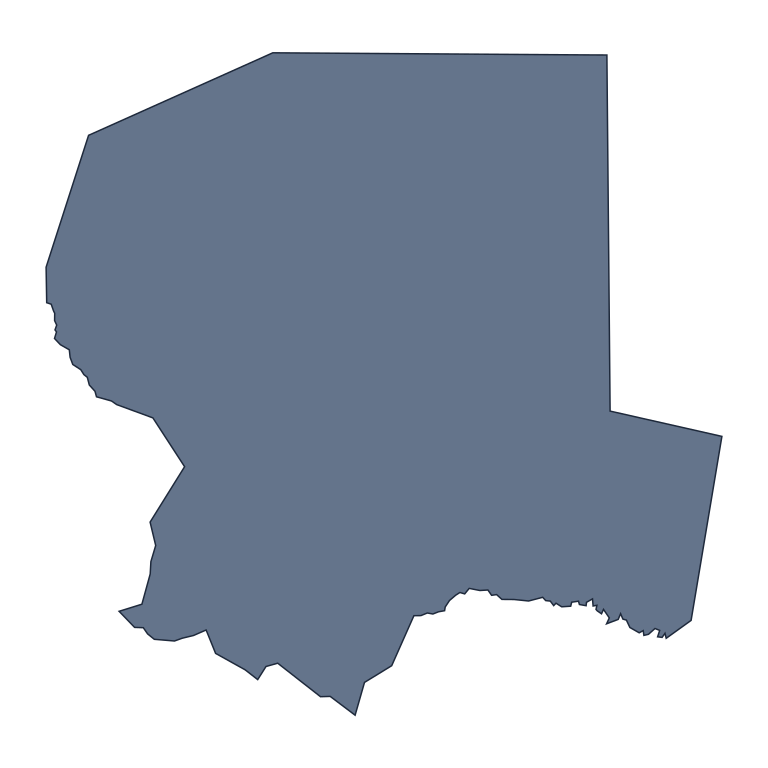 Dei District, Western Highlands, Papua New Guinea (Robinson projection)
{"feature_id": "67681753B60748012983133", "entity_name": "Dei District", "entity_type": "district", "adm_level": 2, "iso_a3": "PNG", "parent_name": "Papua New Guinea", "parent_adm1": "Western Highlands", "projection": "robinson", "projection_center": [144.353, -5.658], "detail": "fine", "context": "isolated", "style": "filled", "palette": "slate", "viewbox_px": 768, "rotation_deg": 0, "n_neighbors": 0, "source": "geoboundaries", "source_scale": "gbopen_adm2", "svg_char_len": 1452}
<svg xmlns="http://www.w3.org/2000/svg" viewBox="0 0 768 768"><path d="M666.2,638.3L691.1,620.4L721.9,436.4L610.1,411.1L606.9,55.0L585.6,54.9L272.8,52.8L88.6,135.3L46.1,267.2L46.7,302.7L51.2,304.2L53.5,310.8L54.7,313.3L54.6,320.6L56.7,325.1L55.0,329.9L56.5,331.9L54.5,338.5L60.4,344.7L69.3,349.8L70.1,357.3L72.8,364.5L80.8,369.7L83.9,374.6L87.3,377.3L89.3,385.0L95.0,391.3L96.5,396.8L111.5,401.0L116.7,404.6L152.9,417.9L184.6,466.7L150.1,522.1L155.7,545.5L150.9,561.6L150.2,574.0L141.9,604.2L119.1,611.3L134.6,627.4L143.3,627.7L147.6,633.9L154.3,639.3L174.5,641.0L182.3,638.2L193.5,635.5L206.1,630.0L207.8,634.1L215.6,653.4L245.1,669.8L257.7,679.6L266.0,666.5L277.7,663.2L320.5,696.7L330.2,696.4L355.1,715.2L364.5,682.4L391.7,665.7L413.9,615.7L420.9,615.6L427.3,613.0L432.9,614.0L438.5,611.8L444.6,610.7L445.2,607.0L449.5,600.5L455.7,595.2L459.9,592.5L464.7,593.9L469.2,588.4L479.9,590.5L487.9,590.0L491.6,595.3L496.6,594.6L501.9,599.4L514.0,599.5L528.6,601.0L542.7,597.3L545.7,600.6L550.3,601.1L553.7,605.6L556.0,603.2L561.7,606.8L570.7,606.2L571.7,602.2L578.5,601.2L579.4,604.5L586.1,605.7L586.5,602.3L592.5,598.9L593.1,606.0L596.9,605.3L596.0,609.4L597.2,610.8L601.5,613.8L603.5,609.4L609.3,617.9L606.6,623.8L618.2,619.4L620.6,613.7L622.9,619.1L626.4,620.1L629.9,627.5L639.2,632.8L643.2,630.6L643.9,635.4L648.5,634.3L655.0,628.5L659.7,630.4L657.6,636.8L662.1,637.4L665.0,633.3L666.2,638.3Z" fill="#64748b" stroke="#1e293b" stroke-width="1.5"/></svg>